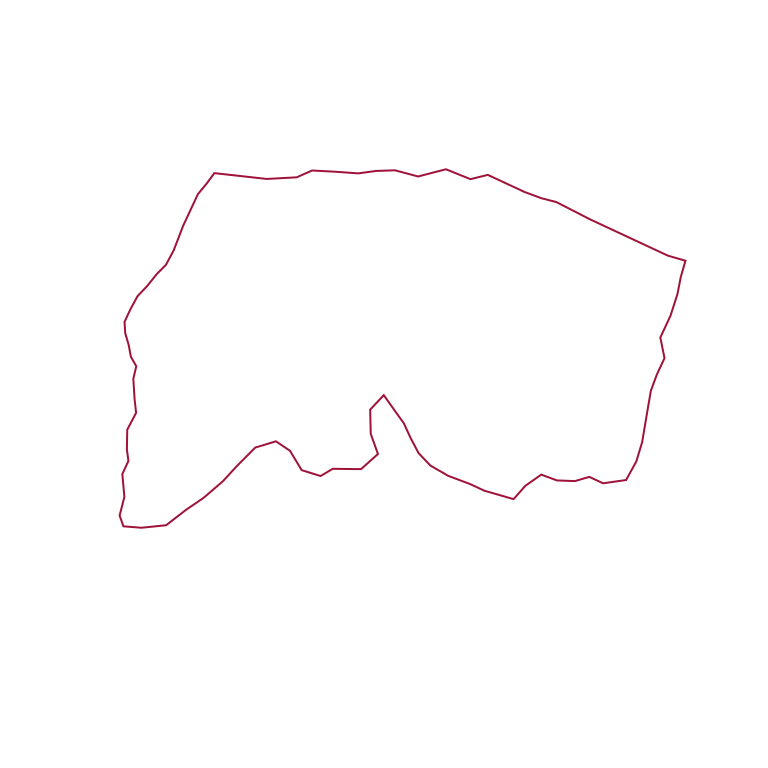 the district of Mandres, Cyprus, rotated 25°
{"feature_id": "46923920B48793600754585", "entity_name": "Mandres", "entity_type": "district", "adm_level": 2, "iso_a3": "CYP", "parent_name": "Cyprus", "parent_adm1": "", "projection": "natural_earth1", "projection_center": [33.81, 35.343], "detail": "fine", "context": "isolated", "style": "outline", "palette": "rose", "viewbox_px": 768, "rotation_deg": 25, "n_neighbors": 0, "source": "geoboundaries", "source_scale": "gbopen_adm2", "svg_char_len": 1293}
<svg xmlns="http://www.w3.org/2000/svg" viewBox="0 0 768 768"><g transform="rotate(25 384 384)"><path d="M141.1,264.6L138.6,277.1L135.1,290.6L135.1,303.2L135.1,314.9L135.1,325.7L136.0,338.3L136.9,351.8L136.0,368.1L131.5,380.7L128.0,395.1L123.5,408.6L122.6,423.0L122.6,437.4L128.0,447.3L136.0,456.4L143.1,466.3L152.0,472.6L154.6,485.2L164.4,503.2L171.5,514.9L170.6,533.9L178.6,551.9L184.9,561.8L184.9,576.2L196.4,596.0L200.0,615.0L208.0,623.1L224.9,616.8L246.2,604.1L257.8,581.6L268.5,563.6L279.1,540.2L285.4,520.3L294.2,496.0L310.3,481.6L327.1,484.3L345.8,496.9L365.4,494.2L373.4,482.5L389.4,475.3L399.2,470.8L408.1,450.0L393.0,434.7L382.3,413.1L388.5,394.2L402.7,402.3L418.7,411.3L430.3,421.2L444.5,432.0L460.5,438.3L481.0,440.1L504.1,438.3L520.1,438.3L550.0,433.6L550.5,432.2L555.1,416.6L564.8,399.7L581.5,398.3L598.1,391.3L609.3,381.4L624.5,381.4L644.0,368.7L645.4,347.6L642.6,327.9L632.9,292.7L628.7,277.2L627.3,260.3L627.3,242.0L614.8,225.1L614.8,201.2L612.0,178.7L607.8,161.8L605.1,144.9L587.0,147.7L563.4,147.7L530.0,147.7L500.9,147.7L463.4,146.3L448.1,149.1L430.0,150.6L412.0,150.6L389.7,150.6L375.8,161.8L349.4,163.2L327.2,181.5L303.6,185.7L286.9,194.2L271.6,204.0L249.4,212.5L228.6,220.9L217.5,233.6L191.1,247.7L141.1,264.6Z" fill="none" stroke="#9f1239" stroke-width="2"/></g></svg>